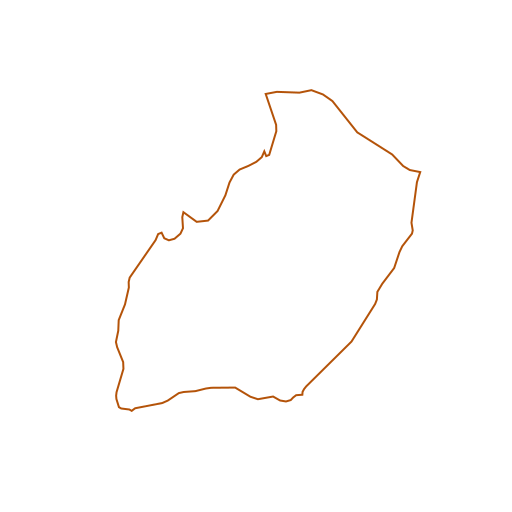 the border of Lecce, rotated 68°
{"feature_id": "ITA-5407", "entity_name": "Lecce", "entity_type": "Province", "adm_level": 1, "iso_a3": "ITA", "parent_name": "Italy", "parent_adm1": "", "projection": "albers", "projection_center": [18.178, 40.157], "detail": "fine", "context": "isolated", "style": "outline", "palette": "amber", "viewbox_px": 512, "rotation_deg": 68, "n_neighbors": 0, "source": "natural_earth", "source_scale": "10m", "svg_char_len": 1202}
<svg xmlns="http://www.w3.org/2000/svg" viewBox="0 0 512 512"><g transform="rotate(68 256 256)"><path d="M239.7,72.3L247.8,79.1L283.4,99.4L291.0,101.1L293.7,103.0L301.7,116.7L306.1,121.5L318.9,132.4L329.0,149.3L334.7,156.9L341.6,160.2L345.1,163.5L371.1,199.5L395.7,258.3L397.4,261.3L399.4,263.7L402.0,265.0L400.1,270.9L401.1,274.5L402.6,277.8L402.1,282.7L399.0,287.8L392.7,292.8L389.5,307.9L384.4,313.9L370.2,324.6L361.4,346.9L360.1,352.1L358.6,362.8L355.0,374.0L354.2,378.9L357.0,392.0L357.2,398.0L351.9,425.1L353.0,429.3L350.9,430.9L346.9,438.1L344.8,439.7L336.3,439.0L333.1,438.0L330.0,436.3L311.0,421.2L304.6,418.9L288.5,418.9L283.3,418.1L273.7,411.7L264.0,407.3L251.8,395.6L237.6,385.7L232.4,383.8L228.7,381.2L203.7,343.2L199.0,338.5L199.0,334.8L205.2,334.4L208.8,330.9L209.5,325.1L207.0,317.7L202.9,313.3L192.4,309.8L188.2,306.9L202.1,298.2L205.2,287.2L199.9,274.8L188.3,261.7L177.9,253.0L172.2,246.2L169.7,238.8L169.6,229.1L168.8,220.4L166.5,213.6L162.1,209.1L167.2,209.1L167.2,205.9L147.9,190.4L141.9,188.2L109.4,186.3L111.6,175.2L120.8,154.6L123.0,142.5L131.3,133.4L141.0,127.1L179.3,115.8L212.9,91.7L227.8,85.8L233.9,81.2L239.7,72.3Z" fill="none" stroke="#b45309" stroke-width="2"/></g></svg>